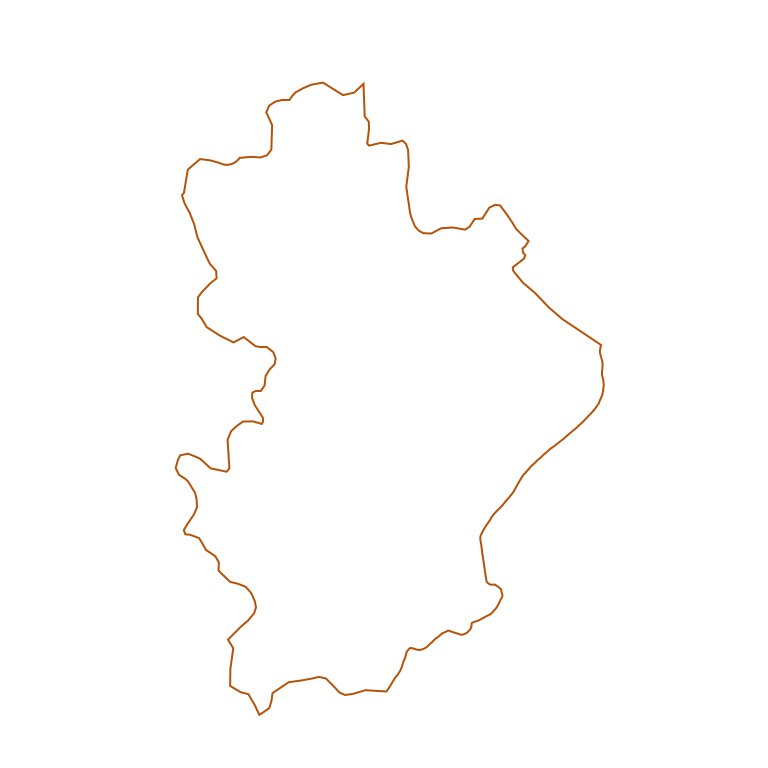 outline of Qatana, Rif Dimashq, Syria, rotated 171°
{"feature_id": "27442178B63011141740515", "entity_name": "Qatana", "entity_type": "district", "adm_level": 2, "iso_a3": "SYR", "parent_name": "Syria", "parent_adm1": "Rif Dimashq", "projection": "equal_earth", "projection_center": [36.018, 33.361], "detail": "fine", "context": "isolated", "style": "outline", "palette": "amber", "viewbox_px": 768, "rotation_deg": 171, "n_neighbors": 0, "source": "geoboundaries", "source_scale": "gbopen_adm2", "svg_char_len": 5950}
<svg xmlns="http://www.w3.org/2000/svg" viewBox="0 0 768 768"><g transform="rotate(171 384 384)"><path d="M599.1,341.8L602.9,333.7L600.7,326.4L594.9,321.2L592.7,318.3L587.7,306.2L587.1,299.7L588.0,291.5L592.1,284.9L599.3,277.2L600.1,276.3L600.3,276.1L600.9,275.3L601.3,275.0L601.6,274.6L604.6,271.0L603.7,266.6L599.3,265.5L590.7,260.7L588.0,254.1L585.8,247.9L577.7,240.5L575.0,233.8L576.6,225.5L567.0,212.7L559.2,209.4L552.3,205.3L547.9,198.4L545.5,189.2L545.4,183.3L548.2,177.8L555.3,171.6L563.0,166.9L578.1,155.9L574.2,146.6L575.0,144.0L580.3,126.7L583.2,109.8L573.6,101.9L566.5,98.9L562.0,87.5L558.9,76.8L553.8,79.0L547.9,81.9L544.5,89.2L542.4,96.2L536.5,98.9L524.8,104.4L512.5,104.1L500.0,104.4L494.1,104.9L487.4,102.2L482.6,95.6L476.0,86.0L470.9,82.9L462.9,82.8L450.3,84.5L429.7,79.9L429.3,80.3L428.3,81.4L425.3,84.6L421.4,89.3L418.9,92.2L417.3,93.5L415.9,94.8L414.1,96.9L413.3,97.7L412.3,99.1L411.0,101.1L408.7,105.8L408.2,106.9L406.7,109.1L405.7,110.8L405.1,112.2L404.3,113.8L403.8,115.4L402.5,116.9L399.9,119.0L398.8,119.0L397.3,118.6L395.0,117.5L394.8,117.4L393.3,116.6L391.5,115.9L390.1,115.9L389.4,115.8L387.7,115.9L386.6,116.2L384.4,116.8L381.5,118.4L378.8,120.4L376.3,122.0L373.6,124.0L371.2,125.2L369.3,126.2L368.9,126.5L368.0,127.0L365.2,128.8L363.5,129.1L362.2,129.4L360.9,129.9L359.6,130.3L358.3,130.2L357.2,129.5L355.3,128.4L351.9,126.7L347.7,124.6L346.6,124.1L344.8,124.3L343.3,124.6L340.9,125.3L339.7,126.3L337.7,127.7L336.6,128.9L335.9,130.2L335.2,132.3L334.8,133.8L334.3,134.4L333.0,134.7L332.1,134.9L329.4,135.3L327.3,135.7L324.5,136.8L319.2,138.6L315.1,139.9L313.8,140.7L312.4,141.7L311.1,142.9L309.2,144.3L307.7,145.7L306.8,146.8L305.6,148.3L304.0,150.5L303.2,151.8L302.4,153.0L301.1,154.4L301.0,154.5L300.3,155.9L300.1,157.3L300.1,158.7L300.5,160.3L300.5,161.5L300.3,162.3L300.6,163.0L301.9,164.6L302.7,165.6L303.8,166.5L305.9,168.6L307.6,168.7L308.8,168.9L310.2,169.2L311.7,170.2L313.4,172.3L313.6,173.6L313.6,177.7L313.6,179.8L313.6,183.1L313.5,188.8L313.4,194.7L313.4,200.9L313.3,203.3L313.1,209.0L313.2,214.6L312.9,217.6L312.5,218.6L311.8,219.8L310.4,221.9L308.8,224.0L307.2,225.9L305.0,228.5L303.1,230.4L300.0,233.7L298.5,235.7L296.5,237.7L294.2,239.6L293.3,240.2L291.9,241.4L289.7,242.8L287.5,244.6L285.7,245.9L281.7,249.6L279.2,251.5L277.1,253.4L276.1,254.3L274.3,255.9L272.5,257.8L271.4,259.2L270.0,261.1L268.7,262.8L267.1,264.7L265.9,266.2L264.3,268.2L262.6,270.2L260.6,272.4L258.4,274.0L256.9,275.3L255.5,276.5L254.3,277.3L252.0,279.5L250.0,280.7L248.3,281.9L246.2,283.3L244.5,284.6L242.6,285.8L241.1,286.6L239.7,287.6L237.4,289.2L235.3,290.5L234.1,291.2L233.9,291.3L231.6,292.8L231.2,293.1L229.8,294.0L228.9,294.4L226.9,295.4L225.8,295.9L223.7,297.1L221.5,298.3L220.5,298.9L218.5,300.0L216.3,301.2L214.0,302.6L212.7,303.4L211.8,304.0L209.3,305.6L207.3,306.7L204.8,308.3L202.9,309.4L201.5,310.2L200.1,311.0L198.7,312.2L196.7,313.4L194.7,314.7L192.8,316.0L190.8,317.6L188.7,319.1L187.2,320.4L185.7,321.4L184.3,322.5L182.6,323.8L180.6,325.5L180.4,325.7L179.1,326.9L177.7,328.3L176.3,329.8L174.6,331.6L173.9,333.2L172.7,334.9L171.2,337.3L170.1,339.3L169.2,341.4L168.5,343.6L167.9,345.9L167.3,347.8L167.0,349.5L167.0,351.2L166.8,353.6L167.0,355.8L167.3,358.2L167.1,360.4L166.4,363.1L165.8,365.3L165.4,367.5L165.0,369.2L164.9,371.0L164.9,372.7L165.2,375.3L165.5,377.8L165.7,379.9L165.8,381.4L165.5,383.5L164.7,385.1L164.3,386.9L163.4,388.5L197.7,420.2L209.2,433.8L220.1,449.6L220.8,450.5L231.0,462.4L238.6,475.4L238.6,479.1L230.3,483.6L226.2,485.9L224.3,489.3L226.1,491.8L226.0,496.1L222.8,498.0L218.8,502.6L224.1,509.4L229.2,516.5L232.2,523.8L236.5,532.9L241.4,542.2L246.3,543.6L252.4,541.7L261.0,532.0L268.6,532.8L274.9,525.9L279.9,523.8L291.4,527.8L303.2,528.9L313.8,525.2L314.3,525.3L321.7,526.9L325.6,530.0L328.8,534.9L329.6,538.3L330.9,543.9L331.5,549.3L331.3,558.1L331.3,566.3L331.1,575.7L330.0,579.3L325.5,594.6L323.6,611.4L324.7,617.6L327.6,621.5L339.6,619.9L349.2,622.7L361.4,621.8L363.0,624.0L360.3,633.2L358.8,638.8L358.0,645.4L361.2,651.3L357.3,683.7L367.8,676.5L379.3,675.7L397.1,691.2L408.8,691.0L417.6,688.8L425.7,685.9L429.4,683.0L433.0,679.3L440.0,680.5L447.3,679.9L453.8,677.0L457.8,670.8L454.0,657.2L458.6,633.1L463.8,628.2L470.7,627.1L479.9,629.2L491.3,629.9L491.5,629.7L491.8,629.4L492.0,629.2L492.3,628.9L492.5,628.8L492.7,628.6L492.9,628.5L493.1,628.3L493.3,628.2L493.6,627.9L493.8,627.8L494.0,627.6L494.4,627.4L494.6,627.2L494.8,627.1L495.0,627.0L495.2,626.9L495.4,626.8L495.6,626.7L495.9,626.6L496.1,626.5L496.3,626.4L496.5,626.3L496.7,626.2L496.9,626.1L497.1,626.0L497.3,625.9L497.6,625.8L497.8,625.8L498.0,625.7L498.4,625.5L498.7,625.5L498.9,625.4L499.1,625.4L499.3,625.3L499.6,625.3L499.8,625.2L500.0,625.2L500.5,625.1L500.9,625.0L501.1,625.0L501.4,625.0L501.6,625.0L501.8,625.0L502.0,624.9L502.3,624.9L502.5,624.9L503.0,624.9L503.4,625.0L503.6,625.0L503.9,625.0L504.1,625.0L504.3,625.0L504.6,625.1L504.8,625.1L505.0,625.1L505.5,625.2L505.9,625.3L506.1,625.3L506.4,625.4L506.6,625.5L506.8,625.5L507.0,625.6L507.3,625.6L507.5,625.7L507.7,625.8L507.9,625.9L508.1,625.9L508.3,626.0L508.6,626.1L508.8,626.2L509.0,626.3L509.4,626.5L509.6,626.6L509.8,626.7L510.0,626.8L510.4,627.1L510.6,627.2L510.8,627.3L511.0,627.4L511.2,627.6L511.4,627.7L511.6,627.8L511.8,628.0L512.0,628.1L521.0,632.2L530.5,634.9L544.2,626.5L551.7,604.1L554.0,602.1L552.7,593.5L549.2,583.7L546.5,571.6L545.3,558.0L540.6,541.5L537.3,530.1L532.1,522.0L532.8,514.6L539.8,510.6L549.5,503.3L554.2,498.7L556.9,482.4L553.6,476.5L550.3,468.0L539.0,457.8L534.3,454.4L530.6,451.9L526.2,448.6L515.2,452.3L505.0,441.4L500.2,439.8L494.2,439.0L488.4,432.8L487.7,429.5L487.0,426.2L488.9,420.7L494.7,416.3L499.7,410.4L502.2,401.2L506.7,396.4L511.8,397.2L515.4,396.1L516.5,391.0L514.9,383.2L511.4,375.4L508.9,369.7L509.2,365.9L511.0,363.7L518.9,367.5L529.2,369.0L536.8,365.1L542.5,361.2L547.2,353.5L549.9,324.9L553.2,322.0L568.4,327.8L577.5,339.2L588.3,345.8L596.3,345.5L599.1,341.8Z" fill="none" stroke="#b45309" stroke-width="2"/></g></svg>